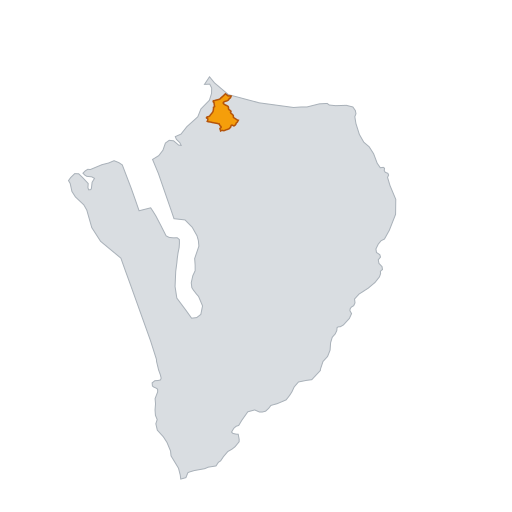 Thies, Thiès, Senegal (highlighted), rotated 70°
{"feature_id": "50182788B65872214095625", "entity_name": "Thies", "entity_type": "district", "adm_level": 2, "iso_a3": "SEN", "parent_name": "Senegal", "parent_adm1": "Thiès", "projection": "natural_earth1", "projection_center": [-16.945, 14.73], "detail": "fine", "context": "in_parent", "style": "filled", "palette": "amber", "viewbox_px": 512, "rotation_deg": 70, "n_neighbors": 0, "source": "geoboundaries", "source_scale": "gbopen_adm2", "svg_char_len": 6931}
<svg xmlns="http://www.w3.org/2000/svg" viewBox="0 0 512 512"><g transform="rotate(70 256 256)"><path d="M385.6,234.7L391.3,245.9L390.1,251.3L388.9,259.2L392.1,264.9L395.9,268.7L398.5,272.1L401.5,276.9L402.0,286.3L401.5,293.1L403.5,296.2L405.1,300.0L404.8,303.3L403.8,306.1L400.2,309.9L399.6,317.0L405.5,325.5L409.3,330.2L409.2,332.9L410.3,335.8L413.1,339.2L414.8,338.4L416.6,335.6L417.4,333.7L422.5,334.5L424.8,335.4L428.1,341.0L429.3,344.7L430.1,349.4L433.4,355.2L436.4,359.3L437.0,361.9L439.6,365.4L438.1,373.1L438.3,377.0L436.5,387.4L436.2,392.2L436.3,394.1L440.3,397.7L439.9,403.0L435.9,402.1L428.9,401.4L414.8,404.2L410.0,403.0L400.8,403.4L394.2,404.9L385.9,408.3L379.4,407.5L375.9,404.8L371.3,405.0L366.1,403.5L360.6,401.0L355.5,399.6L350.1,394.9L347.5,394.0L345.7,395.3L344.2,396.9L342.7,397.8L339.7,397.0L338.6,393.7L339.5,390.6L339.8,388.2L338.4,386.9L335.0,386.5L329.7,386.5L321.0,385.5L319.0,384.9L299.6,384.1L279.5,384.0L262.5,383.9L241.0,383.8L225.9,383.8L211.8,383.7L200.9,390.1L189.1,397.0L173.2,400.6L155.0,399.3L149.1,400.3L143.1,403.3L138.7,405.5L132.4,406.9L124.3,405.8L121.0,406.4L118.9,403.3L116.6,398.2L118.1,394.5L123.0,392.1L130.5,388.9L134.4,390.6L136.6,390.6L137.1,388.6L136.3,387.6L130.7,384.8L127.8,381.2L125.4,383.3L123.3,387.7L121.6,389.1L119.0,390.3L117.6,387.3L117.0,384.4L118.1,382.1L117.5,369.5L118.2,362.7L117.9,356.8L121.4,352.9L124.7,350.5L137.8,350.3L149.9,350.1L161.6,350.2L173.5,350.4L174.7,338.5L178.4,337.6L184.1,336.4L194.6,335.0L206.3,333.6L208.8,331.3L210.7,327.4L211.9,323.8L214.3,322.4L217.6,323.5L221.9,325.4L226.4,328.2L231.5,330.9L234.9,332.5L243.0,336.7L257.0,342.5L268.5,344.8L282.4,340.6L292.4,337.8L293.6,332.8L292.0,327.8L284.6,323.3L274.4,323.8L271.3,325.0L266.6,326.5L263.8,327.1L259.0,326.0L252.9,322.1L249.0,318.2L243.7,316.3L237.4,314.5L227.2,306.3L221.9,304.9L216.9,304.5L207.2,306.1L197.8,310.4L192.9,320.3L183.5,320.1L163.4,319.8L145.1,319.5L129.9,320.2L128.4,313.0L124.8,307.3L118.9,302.5L117.6,298.0L119.6,294.0L125.3,290.8L126.5,288.5L123.6,288.8L119.1,290.9L116.2,291.0L115.8,284.8L110.8,276.7L105.3,263.1L99.0,257.5L93.7,246.5L88.1,242.2L83.0,240.2L78.7,240.7L77.1,245.7L71.7,238.4L79.1,235.8L94.9,226.8L113.1,200.7L129.3,169.9L131.4,162.6L133.4,157.0L134.7,144.4L137.0,136.9L139.2,135.5L142.0,129.7L145.3,119.6L149.1,114.0L153.3,112.9L156.5,113.4L158.9,115.5L165.7,116.8L177.1,117.3L185.9,115.8L192.1,112.3L200.2,110.5L210.3,110.4L215.6,109.0L216.2,106.1L217.5,105.2L219.6,106.3L221.6,105.9L223.4,103.8L225.3,103.7L227.1,105.5L235.6,106.0L250.6,105.3L264.6,110.6L277.4,121.9L284.0,129.5L284.4,133.2L286.6,137.0L290.4,140.9L293.9,141.6L297.1,139.2L299.6,139.4L301.4,142.4L305.0,143.0L309.1,141.2L312.0,141.8L312.5,143.5L313.2,144.5L315.1,144.9L317.8,147.1L321.5,153.1L324.6,161.5L327.0,172.2L330.1,178.1L333.9,179.0L336.1,181.2L336.6,183.8L337.7,185.5L339.5,186.5L342.8,185.9L346.6,189.6L350.7,197.5L351.3,201.0L350.7,202.9L351.0,204.3L353.7,205.6L356.3,208.2L358.4,212.1L362.9,215.5L369.8,218.6L374.9,223.1L378.0,229.1L384.3,234.1L385.6,234.7Z" fill="#d9dde1" stroke="#a8b0b8" stroke-width="1"/><path d="M122.4,226.2L122.2,226.5L121.9,226.9L121.6,227.2L121.3,227.5L120.9,227.7L120.5,228.0L120.0,228.4L119.7,228.6L119.4,228.8L119.2,229.0L118.7,229.4L118.5,229.5L118.2,229.7L118.0,229.8L117.7,229.7L117.3,229.6L116.8,229.4L116.5,229.4L116.3,229.3L116.1,229.3L115.8,229.4L115.3,229.6L114.8,229.8L114.3,230.1L113.7,230.5L113.3,230.8L113.2,230.8L112.9,230.8L112.7,230.8L112.4,230.8L112.4,230.7L112.2,230.5L112.1,230.4L111.9,230.3L111.8,230.2L111.7,230.1L111.4,230.0L111.1,230.1L110.9,230.2L110.9,230.3L110.7,230.4L110.6,230.5L110.3,230.5L110.2,230.6L110.0,230.8L109.9,230.9L109.8,231.0L109.6,231.0L109.4,231.2L109.3,231.3L109.1,231.3L108.9,231.3L108.6,231.5L108.3,231.4L108.1,231.4L107.9,231.4L107.7,231.4L107.3,231.2L107.1,231.2L106.9,231.0L106.7,231.0L106.2,231.0L105.9,231.1L105.7,231.2L105.5,231.3L105.4,231.5L105.2,231.6L104.9,231.9L104.7,232.0L104.4,232.4L104.2,232.5L104.0,232.8L103.9,232.8L103.8,233.1L103.7,233.1L103.1,233.5L102.7,233.8L102.4,234.0L102.2,234.2L102.1,234.3L101.9,234.3L101.7,234.4L101.3,234.5L101.0,234.5L100.8,234.4L100.7,234.2L100.5,233.7L100.3,233.6L100.2,233.3L100.2,233.1L100.1,232.7L100.1,232.3L100.2,231.9L100.2,231.3L100.3,230.6L100.3,230.2L100.0,228.6L99.6,228.0L99.1,227.4L98.8,227.2L98.8,226.7L98.7,226.0L98.4,225.7L97.7,225.1L97.2,224.6L97.0,224.8L96.9,225.1L96.8,225.3L96.7,225.5L96.6,225.8L96.5,226.0L96.5,226.3L96.4,226.4L96.4,226.5L96.3,226.8L96.2,227.0L96.1,227.3L96.0,227.5L95.9,227.6L95.7,227.6L95.4,227.8L95.2,228.0L94.8,228.1L94.7,228.2L94.6,228.3L94.4,228.5L94.1,228.7L93.9,228.8L93.6,228.9L93.5,229.0L93.4,229.1L93.2,229.2L93.1,229.3L93.3,229.6L93.4,229.8L93.5,230.0L93.6,230.3L93.7,230.6L93.8,230.7L93.9,230.9L93.9,231.0L94.0,231.2L94.1,231.4L94.1,231.5L94.3,231.9L94.4,232.0L94.5,232.3L94.5,232.5L94.7,232.9L94.7,233.1L94.8,233.2L94.9,233.4L94.9,233.5L95.0,233.7L95.1,233.8L95.2,234.0L95.3,234.1L95.2,234.3L95.3,234.5L95.4,234.8L95.5,235.1L95.7,235.4L95.8,235.6L96.0,235.9L96.0,236.1L96.1,236.3L96.2,236.5L96.2,236.9L96.2,237.0L96.1,237.4L96.1,237.5L96.1,237.9L96.1,238.0L96.1,238.3L96.0,238.6L96.0,238.8L96.0,239.1L95.9,239.4L95.9,239.5L95.9,239.9L95.9,240.0L95.9,240.4L95.8,240.6L95.8,240.8L95.8,241.0L95.8,241.3L95.8,241.5L95.8,241.9L95.8,242.0L95.7,242.3L95.7,242.5L95.7,242.9L95.6,243.0L95.9,243.2L96.0,243.3L96.4,243.5L96.5,243.5L96.7,243.4L96.9,243.2L97.1,243.2L97.3,243.1L97.6,243.1L97.9,243.0L98.1,243.1L98.8,243.3L100.2,243.6L101.5,243.8L101.7,245.1L103.2,245.6L103.7,245.9L104.3,246.2L105.6,247.0L106.0,247.6L106.9,248.9L107.2,249.5L107.5,249.9L107.7,250.4L108.1,250.9L108.4,251.3L108.6,251.7L108.7,252.0L108.7,252.4L108.8,252.9L108.7,253.4L108.6,253.9L108.6,254.5L108.8,254.9L109.0,255.2L109.3,255.3L109.5,255.3L109.6,255.1L109.8,254.7L110.2,254.5L110.6,254.4L111.1,254.5L111.7,254.8L112.0,255.0L112.5,255.5L112.8,255.8L113.0,255.6L113.4,255.1L113.7,254.6L114.1,253.8L114.5,253.1L114.9,252.4L115.2,252.0L115.7,251.3L116.3,250.2L116.7,249.6L117.4,248.4L117.8,247.7L118.2,247.0L118.5,246.6L118.9,246.1L119.2,245.7L119.3,245.4L119.6,245.5L120.4,245.3L120.7,245.3L121.2,245.2L121.6,245.1L121.8,245.0L121.9,244.9L122.1,244.7L122.5,244.7L123.0,244.6L123.2,244.8L123.4,245.0L123.5,245.3L123.6,245.8L123.6,246.0L124.0,246.4L124.8,246.4L125.9,246.4L126.4,246.5L126.3,245.8L126.3,245.3L126.3,244.9L126.6,244.5L126.9,244.1L127.0,243.8L127.2,243.5L127.3,243.0L127.3,242.4L127.2,241.1L127.2,240.9L127.2,240.5L127.3,239.9L127.3,239.5L127.3,239.4L127.3,239.1L127.2,238.3L127.2,237.6L127.1,237.2L126.7,236.8L126.5,236.5L126.2,235.7L125.9,235.6L125.5,235.2L125.2,235.0L124.8,234.6L124.7,234.5L124.7,234.1L124.8,233.7L125.1,233.4L125.5,233.0L125.8,232.7L126.0,232.6L126.2,232.3L126.2,232.0L126.2,231.9L126.1,231.5L126.0,231.3L125.9,230.9L125.8,230.6L125.5,230.2L125.1,229.7L124.6,229.4L124.3,229.1L124.2,228.7L123.9,228.0L123.5,227.3L123.0,226.9L122.4,226.2Z" fill="#f59e0b" stroke="#b45309" stroke-width="1.5"/></g></svg>